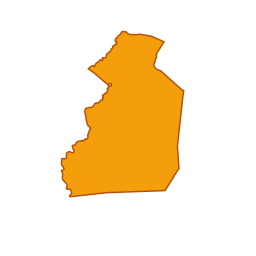 Sonaguera, Colón, Honduras (Natural Earth projection), rotated 129°
{"feature_id": "27666195B31402086681403", "entity_name": "Sonaguera", "entity_type": "district", "adm_level": 2, "iso_a3": "HND", "parent_name": "Honduras", "parent_adm1": "Colón", "projection": "natural_earth1", "projection_center": [-86.252, 15.631], "detail": "fine", "context": "isolated", "style": "filled", "palette": "amber", "viewbox_px": 256, "rotation_deg": 129, "n_neighbors": 0, "source": "geoboundaries", "source_scale": "gbopen_adm2", "svg_char_len": 5632}
<svg xmlns="http://www.w3.org/2000/svg" viewBox="0 0 256 256"><g transform="rotate(129 128 128)"><path d="M42.0,167.6L48.0,178.4L49.2,179.2L49.6,179.6L50.0,180.0L50.7,180.5L50.8,180.9L51.1,181.3L51.4,181.7L52.1,182.7L52.4,183.2L52.7,183.5L53.3,184.4L54.0,185.3L54.3,185.7L54.4,186.0L54.6,186.7L54.7,187.2L54.8,187.7L54.8,188.1L54.5,189.4L54.4,189.7L54.4,189.9L54.5,190.2L54.7,190.4L54.9,190.7L55.3,191.0L55.5,191.2L55.5,191.3L55.6,191.9L55.7,192.3L55.9,192.6L56.2,192.8L57.6,193.3L58.3,193.3L59.1,192.8L59.5,192.7L59.8,192.7L60.1,192.8L60.8,193.3L61.1,193.4L62.0,193.4L62.4,193.5L63.2,193.4L63.9,193.6L64.4,193.7L66.0,193.5L66.3,193.6L66.6,193.7L66.8,193.7L67.0,193.6L67.3,193.5L67.8,193.3L68.3,193.0L68.3,192.9L68.3,192.7L68.3,192.3L68.1,191.9L68.1,191.2L68.2,190.9L68.3,190.9L68.4,191.0L68.6,191.1L68.8,191.2L69.0,191.2L69.3,190.9L69.4,190.3L69.4,190.1L69.6,189.9L69.8,189.8L70.2,189.8L71.2,190.3L73.3,191.0L73.8,191.3L74.0,191.4L74.3,190.9L74.6,190.6L74.9,190.4L75.1,190.3L75.9,190.3L76.6,190.6L77.0,190.7L77.8,190.5L78.8,190.1L79.1,190.0L79.3,189.9L79.6,190.0L80.0,190.3L80.4,190.5L81.1,190.3L81.4,190.3L81.7,190.4L82.5,190.8L83.3,191.0L83.6,191.1L84.3,191.0L86.1,190.1L86.4,190.0L87.1,189.8L87.8,189.7L88.0,189.8L88.6,190.3L88.8,190.7L89.0,191.2L89.2,191.6L89.3,191.8L89.5,192.0L89.8,192.0L90.1,191.9L90.3,191.1L90.4,190.9L90.5,190.8L91.1,190.5L91.5,190.4L91.9,190.6L92.1,190.9L92.2,191.2L92.2,191.7L92.3,192.4L92.4,192.6L92.5,192.6L93.4,192.5L93.7,192.6L94.2,192.6L94.7,192.8L95.0,192.9L96.1,193.0L96.6,193.0L96.8,193.1L97.2,193.4L97.3,193.5L97.7,193.6L98.2,193.4L99.0,193.2L100.7,193.1L101.2,192.8L101.3,192.8L101.5,193.0L101.6,193.5L101.3,194.3L101.6,194.6L103.4,195.6L103.9,195.7L104.7,195.6L105.0,195.7L105.7,195.9L106.3,196.2L106.7,196.2L107.0,196.1L106.6,189.6L106.9,175.4L106.9,170.8L106.0,170.8L105.6,170.7L104.7,170.1L104.3,169.6L104.2,169.3L104.2,169.2L104.4,168.8L104.6,168.5L104.8,168.4L105.0,168.4L105.1,168.1L105.0,167.9L105.0,167.7L105.4,167.5L105.8,167.6L106.2,168.1L106.8,168.5L107.0,168.8L107.0,169.2L107.1,169.7L107.2,169.9L107.4,169.9L107.6,169.8L107.6,169.5L107.7,169.3L107.8,169.3L108.2,169.4L108.3,169.3L108.3,169.2L108.3,168.8L108.5,168.6L109.1,168.6L109.5,168.7L110.3,168.9L110.5,168.8L110.6,168.3L110.8,167.9L110.9,167.7L111.0,167.6L111.3,167.5L111.6,167.4L111.8,167.4L112.1,167.5L112.3,167.5L113.3,166.9L113.5,166.7L113.8,166.6L114.1,166.5L114.4,166.6L114.7,167.3L114.8,167.5L115.0,167.6L115.8,167.4L116.2,167.5L116.4,167.5L116.8,167.6L116.9,167.8L117.0,167.9L117.8,168.1L118.1,168.2L118.5,168.3L118.8,168.3L118.9,168.2L119.0,168.1L119.0,167.7L119.7,166.7L119.8,166.6L120.0,166.7L120.0,166.9L120.4,166.8L120.6,166.7L120.8,166.1L121.1,165.8L121.3,165.6L121.6,165.5L122.1,165.5L122.3,165.6L123.0,166.4L123.2,166.6L123.9,166.6L124.6,166.3L125.2,166.6L125.9,166.7L126.6,166.9L127.0,166.9L127.3,167.0L127.9,167.6L128.2,168.0L128.6,168.3L129.0,168.6L129.5,169.0L129.8,169.1L130.6,169.1L132.8,168.6L133.4,168.8L134.1,168.9L134.3,168.9L134.7,169.2L135.7,170.1L136.7,171.3L137.7,172.1L139.3,173.0L139.9,173.1L140.4,173.0L141.0,172.8L141.6,172.5L142.0,172.2L142.6,171.7L142.9,171.5L143.8,170.0L144.7,169.3L145.1,168.9L145.3,168.7L145.6,168.1L145.9,167.6L146.5,166.9L147.2,166.4L147.6,166.0L148.8,164.4L149.2,164.1L149.9,163.1L150.6,161.9L151.0,161.4L151.2,160.9L151.4,159.2L151.5,157.1L151.6,156.9L151.8,156.9L152.0,156.8L153.3,157.0L153.5,156.8L154.1,156.3L154.8,155.9L155.3,155.9L155.9,155.9L156.2,155.9L157.8,155.0L158.5,154.9L159.2,154.6L159.5,154.3L160.1,153.5L160.3,153.4L161.0,153.1L161.9,153.0L162.2,153.1L162.5,153.1L163.1,153.4L163.4,153.4L163.6,153.5L163.7,153.8L163.5,154.1L163.5,154.3L164.3,154.2L164.5,154.2L164.7,154.3L165.1,154.4L165.4,154.8L165.5,154.9L165.8,154.9L166.1,154.7L166.3,154.7L166.5,155.3L167.0,155.8L167.1,156.1L167.3,156.3L167.8,156.8L168.3,157.1L169.1,157.8L169.8,158.4L170.2,158.6L170.6,158.8L172.2,158.9L172.5,158.9L173.3,158.5L173.7,158.4L174.1,158.4L174.5,158.4L174.8,158.5L175.0,158.8L175.4,159.3L175.8,159.8L176.2,160.0L176.5,160.0L176.8,160.0L177.6,159.5L178.1,158.9L178.5,158.2L178.7,157.6L179.0,156.9L179.5,155.8L179.8,155.5L180.7,155.1L181.1,155.0L181.5,155.1L181.8,155.2L182.0,155.4L182.2,155.7L182.5,156.3L182.7,157.0L182.9,157.9L183.1,158.5L183.3,158.8L183.7,159.1L184.8,159.6L185.2,159.8L185.6,159.8L186.3,159.8L186.7,159.7L187.8,158.9L188.1,158.5L189.2,157.6L190.0,157.2L190.4,157.1L190.7,157.2L191.0,157.4L191.4,157.6L191.8,158.0L192.2,158.6L192.8,159.6L193.3,159.9L193.6,159.9L194.3,159.6L195.7,158.5L197.3,157.5L197.9,157.0L198.1,156.8L198.3,156.5L198.7,155.4L198.9,154.2L199.5,152.7L199.7,152.4L199.9,152.1L200.1,152.0L200.4,151.9L200.7,151.8L200.9,151.9L201.5,152.1L202.4,152.9L202.7,152.9L203.0,152.8L203.1,152.7L203.4,152.3L203.9,151.1L204.2,150.7L204.7,150.1L205.1,149.7L205.8,149.2L208.0,147.7L208.5,147.1L208.8,146.7L209.1,146.3L209.3,145.9L209.4,145.4L210.0,141.3L210.2,140.5L210.3,139.8L210.4,139.5L210.7,139.1L211.2,138.8L213.0,138.3L213.4,138.1L213.8,137.9L213.9,137.5L214.0,137.2L213.9,136.8L213.5,136.4L212.5,135.4L212.2,134.9L212.1,134.6L212.1,134.1L212.1,133.8L212.2,133.5L213.1,131.9L214.3,130.7L214.7,130.6L215.4,130.6L215.8,130.6L217.0,130.8L217.3,130.8L217.5,130.7L217.6,130.4L217.7,130.0L217.7,129.6L191.6,103.8L153.3,59.8L153.2,59.8L129.3,62.8L127.4,62.9L111.1,78.1L71.2,103.8L63.8,108.3L63.9,108.6L64.2,108.9L64.4,109.3L64.5,109.8L64.4,110.6L63.0,138.9L63.2,139.6L63.5,140.1L63.9,140.4L64.0,141.0L64.3,143.2L64.2,144.0L63.8,146.0L63.3,147.0L62.9,147.6L62.2,148.0L61.5,148.2L60.3,148.4L57.0,150.1L56.4,150.1L55.8,150.0L55.2,150.2L53.9,151.3L53.0,152.5L38.3,154.3L42.0,167.6Z" fill="#f59e0b" stroke="#b45309" stroke-width="1.5"/></g></svg>